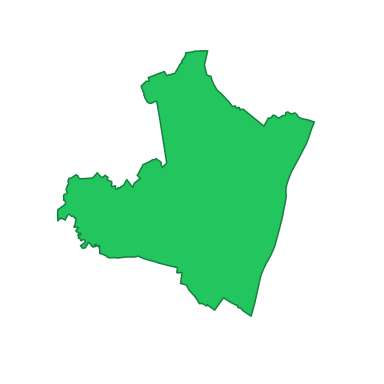 outline of Binh Thuy, Hau Giang, Vietnam, rotated 74°
{"feature_id": "81297802B33814118608654", "entity_name": "Binh Thuy", "entity_type": "district", "adm_level": 2, "iso_a3": "VNM", "parent_name": "Vietnam", "parent_adm1": "Hau Giang", "projection": "mercator", "projection_center": [105.717, 10.061], "detail": "fine", "context": "isolated", "style": "filled", "palette": "green", "viewbox_px": 384, "rotation_deg": 74, "n_neighbors": 0, "source": "geoboundaries", "source_scale": "gbopen_adm2", "svg_char_len": 5989}
<svg xmlns="http://www.w3.org/2000/svg" viewBox="0 0 384 384"><g transform="rotate(74 192 192)"><path d="M158.4,55.1L154.1,61.6L152.1,65.7L149.7,68.6L148.9,69.1L146.0,70.1L144.8,70.8L144.3,71.6L144.4,73.7L144.2,75.0L143.7,75.9L141.6,77.6L141.4,78.9L141.5,79.6L142.0,80.1L143.5,80.6L143.9,81.2L143.9,82.3L143.6,83.8L143.8,84.6L144.4,86.1L144.7,87.9L144.3,89.0L141.1,91.5L140.6,92.7L140.6,93.4L141.0,93.9L142.1,94.8L142.4,95.8L142.4,97.0L142.0,98.5L143.7,99.9L145.5,101.8L148.5,104.7L126.5,120.0L126.1,123.4L124.5,123.0L123.9,123.2L123.5,123.8L123.5,124.3L123.9,125.6L123.6,125.9L123.2,126.2L122.5,126.4L121.2,126.6L121.0,126.8L121.3,128.8L121.1,129.3L120.7,129.6L115.7,131.6L114.1,132.3L113.1,133.0L108.0,135.4L102.0,139.1L100.0,140.1L96.8,140.8L94.9,141.4L91.5,141.7L91.0,142.0L86.3,141.9L86.0,142.1L83.7,145.5L75.7,145.2L74.0,145.1L72.6,144.6L60.7,138.1L58.9,144.0L58.6,145.3L58.5,146.5L57.7,149.1L57.4,150.8L57.4,153.5L56.5,159.7L57.4,160.0L59.0,160.8L60.6,162.4L63.5,166.0L63.9,166.2L64.7,165.7L65.0,165.7L65.5,167.6L66.4,169.0L67.5,169.7L71.3,173.8L73.1,175.6L73.3,176.0L73.1,178.1L73.3,178.5L73.1,179.3L73.2,180.3L73.0,181.8L73.2,183.4L73.1,183.9L72.9,184.3L72.1,184.5L68.6,185.3L69.1,193.0L69.3,194.1L70.0,202.5L73.3,202.4L73.4,203.4L73.0,205.6L73.2,206.1L73.7,206.8L74.0,207.5L74.2,208.2L75.7,210.6L76.2,211.7L82.4,211.3L84.3,211.0L84.7,211.0L85.4,211.6L85.8,211.6L86.4,211.4L87.8,211.2L89.0,211.3L93.1,210.1L94.8,208.7L95.5,206.6L95.4,205.5L94.9,203.2L94.9,202.1L95.0,201.2L95.3,201.0L103.8,201.8L119.3,203.6L153.9,207.9L156.0,208.2L157.4,208.6L158.0,209.5L160.0,213.6L158.7,214.0L157.7,214.2L157.1,214.2L155.5,213.7L154.8,213.6L154.2,213.8L152.6,215.4L150.1,217.3L150.5,218.4L150.6,218.9L150.6,219.6L150.1,220.8L150.5,222.2L151.3,225.3L151.6,227.8L151.9,228.5L152.1,231.4L157.9,236.9L158.7,237.7L159.7,238.6L160.7,239.9L160.9,240.1L161.3,239.9L164.4,238.1L164.6,238.0L164.8,238.3L166.5,242.5L167.7,245.1L168.1,245.6L168.7,245.9L169.9,246.8L171.0,247.3L171.1,247.5L170.2,248.1L169.9,248.1L169.0,248.6L162.3,251.2L162.2,251.4L163.1,252.1L163.8,253.2L166.6,255.6L166.7,255.8L166.7,256.7L167.4,258.1L167.3,258.9L168.1,259.9L168.2,260.3L168.2,260.6L167.7,261.0L167.5,261.7L168.4,262.9L168.5,263.2L168.4,263.5L167.9,264.0L167.2,264.5L166.7,264.7L166.2,264.5L165.7,263.9L165.3,263.9L165.0,264.1L164.8,264.8L164.8,266.8L164.4,267.4L164.5,267.7L163.7,267.9L162.0,266.8L160.1,266.4L159.8,266.6L159.4,266.9L158.2,268.6L157.9,269.6L157.6,269.7L156.6,269.6L156.1,270.1L154.9,268.9L154.6,268.8L153.6,269.5L153.4,270.2L153.1,270.5L152.0,270.8L153.1,273.3L153.1,274.4L152.9,274.9L152.5,275.3L147.4,277.8L149.3,280.6L151.2,283.8L148.5,295.5L148.2,296.2L146.9,297.1L145.1,297.4L144.6,297.6L144.1,297.9L143.6,298.5L143.6,298.8L143.6,299.3L145.2,303.7L145.3,304.5L145.0,306.4L145.3,306.8L147.4,308.2L147.9,308.4L148.4,308.4L149.2,308.2L150.1,308.4L150.9,309.1L151.2,309.9L151.6,310.2L153.4,311.1L154.2,311.9L154.5,312.2L155.0,312.3L155.6,312.4L157.1,312.0L158.2,312.3L159.0,313.4L159.2,314.2L159.3,314.7L159.2,315.6L159.4,315.9L160.9,316.7L161.2,316.8L162.3,316.9L164.2,317.5L164.7,317.5L164.8,317.4L165.0,316.5L165.3,316.5L166.0,316.6L167.2,316.4L167.7,316.7L168.5,316.8L168.8,317.7L169.1,318.1L169.7,319.0L169.7,319.6L170.9,322.6L171.9,325.7L173.7,326.5L176.0,327.2L182.3,328.9L182.6,328.8L180.8,325.7L180.9,325.4L181.5,325.2L181.7,324.2L182.6,323.0L184.0,321.6L180.7,318.6L180.2,318.0L179.3,316.5L179.6,315.9L180.0,315.6L180.6,315.4L181.3,315.2L181.8,314.8L182.1,314.3L182.3,313.3L182.6,313.0L182.9,313.0L183.3,312.4L183.7,312.2L184.6,312.0L184.6,311.3L184.8,311.1L185.6,311.3L185.9,311.3L186.3,310.9L186.6,310.9L187.0,311.1L188.4,312.3L190.1,312.8L190.5,313.3L191.7,313.9L192.6,314.9L193.0,315.1L193.3,315.0L193.6,314.6L193.7,314.0L193.5,312.9L193.5,312.7L194.4,311.9L194.7,311.2L195.0,311.1L196.1,313.1L197.3,314.2L197.7,314.3L198.1,314.2L199.0,313.3L200.0,312.6L200.6,311.6L200.9,310.5L201.6,310.4L202.3,310.8L202.3,311.1L202.2,311.5L201.7,312.8L201.7,313.3L202.1,313.6L202.5,313.7L203.3,313.3L203.8,313.2L204.2,313.4L204.9,313.9L205.2,313.8L205.4,313.6L205.6,312.7L205.9,312.5L207.2,312.3L207.9,312.4L208.3,312.1L208.3,311.3L207.8,310.1L207.8,309.5L208.1,308.8L208.4,308.6L209.6,308.1L210.6,308.4L211.0,308.9L212.9,313.9L213.7,313.8L214.1,313.6L214.7,313.1L215.8,312.9L216.0,312.7L216.1,311.1L216.3,310.3L214.7,308.2L213.9,307.5L213.8,307.0L213.6,306.8L213.0,306.6L212.3,305.4L212.3,305.1L212.5,304.7L212.9,304.5L213.7,304.3L214.2,304.0L214.9,303.3L215.1,303.3L215.6,303.7L215.8,303.6L216.5,303.0L216.6,302.3L216.7,302.2L217.2,302.5L217.5,302.4L217.7,302.1L217.8,301.7L217.4,301.0L217.5,300.7L217.8,300.2L217.8,299.9L217.6,299.6L217.4,299.4L216.7,299.3L216.4,299.4L216.3,299.5L216.2,299.9L216.1,300.0L215.8,299.9L215.7,299.1L215.8,298.8L216.0,298.6L216.8,298.6L217.1,297.9L217.7,298.1L217.9,298.1L218.0,297.9L217.9,297.4L218.0,297.2L218.6,297.0L218.0,296.0L218.2,295.8L218.4,295.7L219.9,296.3L223.5,297.0L225.2,297.6L225.7,297.6L225.9,297.3L226.8,295.5L229.0,293.1L230.0,291.8L230.8,291.6L231.2,291.3L232.4,289.6L232.9,288.2L233.3,286.6L233.8,284.1L234.7,282.5L235.0,281.6L236.2,273.9L236.7,271.6L238.0,267.6L238.5,265.7L238.9,261.4L239.1,260.4L240.2,259.9L241.4,258.4L244.8,253.5L247.7,248.8L249.4,245.8L250.9,244.0L257.1,233.4L260.5,227.1L261.1,227.0L261.7,227.2L265.1,228.8L265.6,227.7L266.0,227.8L266.6,224.0L267.1,223.9L269.2,224.9L276.7,228.2L279.5,223.7L279.5,223.1L284.7,222.1L285.7,221.8L294.0,217.7L301.2,215.7L301.6,215.3L301.8,213.2L305.6,209.3L304.7,208.3L309.4,204.7L311.8,202.7L305.3,194.6L302.4,190.8L307.5,186.4L312.5,181.4L312.5,180.8L313.8,179.5L314.1,179.4L314.5,179.5L315.2,179.9L315.4,179.8L317.5,176.9L319.4,176.1L320.6,175.4L327.1,169.9L327.5,169.3L316.2,162.4L293.2,149.9L289.4,147.4L285.7,144.4L280.3,139.6L279.2,138.2L273.5,132.8L266.8,127.3L255.7,120.6L242.3,112.7L224.1,103.4L221.5,102.4L217.3,101.6L214.7,100.7L211.5,99.2L206.8,96.0L200.7,91.5L185.3,76.5L177.7,69.3L173.2,65.8L163.7,59.2L158.4,55.1Z" fill="#22c55e" stroke="#15803d" stroke-width="1.5"/></g></svg>